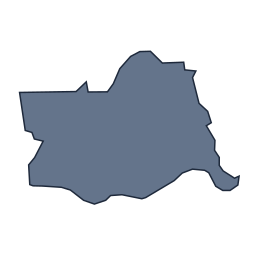 the district of Perry, Tennessee, United States of America, rotated 263°
{"feature_id": "52423323B62285157730678", "entity_name": "Perry", "entity_type": "district", "adm_level": 2, "iso_a3": "USA", "parent_name": "United States of America", "parent_adm1": "Tennessee", "projection": "equal_earth", "projection_center": [-87.883, 35.632], "detail": "fine", "context": "isolated", "style": "filled", "palette": "slate", "viewbox_px": 256, "rotation_deg": 263, "n_neighbors": 0, "source": "geoboundaries", "source_scale": "gbopen_adm2", "svg_char_len": 773}
<svg xmlns="http://www.w3.org/2000/svg" viewBox="0 0 256 256"><g transform="rotate(263 128 128)"><path d="M176.5,24.7L138.1,25.7L135.3,32.1L128.5,33.7L125.3,42.2L110.0,31.7L103.5,24.9L83.8,23.6L82.2,26.7L80.8,36.2L77.3,54.6L73.5,63.2L61.6,75.2L56.6,85.4L59.0,97.1L63.1,102.5L62.5,113.9L56.1,133.1L56.8,137.1L70.2,167.5L76.7,176.4L79.3,187.0L76.7,198.9L73.8,202.7L59.5,208.0L54.5,214.4L53.6,221.7L58.0,230.1L66.7,232.4L65.2,227.6L73.8,217.2L79.8,214.0L87.7,215.0L95.3,211.2L105.2,212.8L120.7,206.0L123.1,211.3L134.8,209.1L143.8,201.5L170.2,198.2L176.3,202.3L178.8,191.4L186.5,191.3L188.3,170.0L201.4,159.6L202.4,149.0L198.7,139.3L187.9,127.1L173.7,118.8L166.4,112.0L168.6,92.8L178.9,92.2L170.5,80.9L176.5,24.7Z" fill="#64748b" stroke="#1e293b" stroke-width="1.5"/></g></svg>